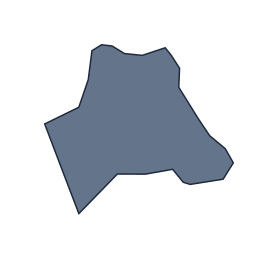 the district of Kolwezi, Katanga, Democratic Republic of the Congo, rotated 65°
{"feature_id": "63176286B76187105234082", "entity_name": "Kolwezi", "entity_type": "district", "adm_level": 2, "iso_a3": "COD", "parent_name": "Democratic Republic of the Congo", "parent_adm1": "Katanga", "projection": "equal_earth", "projection_center": [25.484, -10.753], "detail": "fine", "context": "isolated", "style": "filled", "palette": "slate", "viewbox_px": 256, "rotation_deg": 65, "n_neighbors": 0, "source": "geoboundaries", "source_scale": "gbopen_adm2", "svg_char_len": 489}
<svg xmlns="http://www.w3.org/2000/svg" viewBox="0 0 256 256"><g transform="rotate(65 128 128)"><path d="M214.6,63.4L204.1,47.3L187.9,48.6L169.6,57.2L149.9,60.3L112.6,64.8L95.6,56.0L92.2,56.5L80.4,58.1L71.0,60.4L68.2,84.4L61.8,95.1L59.0,99.8L47.0,107.7L41.4,116.8L42.7,128.0L67.4,143.6L74.5,150.4L88.4,163.8L89.1,201.8L160.4,207.0L184.8,208.7L165.2,157.1L174.9,136.5L177.2,131.6L184.3,105.0L200.5,100.9L205.4,95.5L214.6,63.4Z" fill="#64748b" stroke="#1e293b" stroke-width="1.5"/></g></svg>